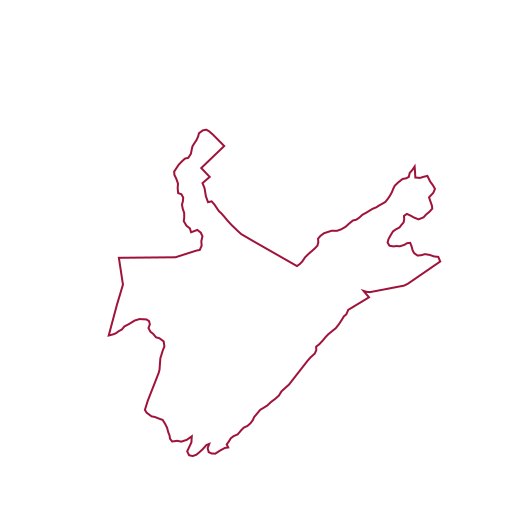 outline of Patos, Paraíba, Brazil, rotated 141°
{"feature_id": "56859067B38677350755307", "entity_name": "Patos", "entity_type": "district", "adm_level": 2, "iso_a3": "BRA", "parent_name": "Brazil", "parent_adm1": "Paraíba", "projection": "orthographic", "projection_center": [-37.346, -7.03], "detail": "fine", "context": "isolated", "style": "outline", "palette": "rose", "viewbox_px": 512, "rotation_deg": 141, "n_neighbors": 0, "source": "geoboundaries", "source_scale": "gbopen_adm2", "svg_char_len": 3204}
<svg xmlns="http://www.w3.org/2000/svg" viewBox="0 0 512 512"><g transform="rotate(141 256 256)"><path d="M420.5,286.9L416.1,284.9L413.3,284.1L410.2,284.0L406.4,283.3L402.6,284.1L397.8,283.1L390.9,282.2L386.2,280.3L381.1,275.7L380.1,272.7L381.5,269.7L384.9,267.7L385.7,263.6L384.9,260.0L384.9,255.8L382.8,252.8L381.5,247.7L384.1,243.4L388.3,241.0L391.1,239.1L394.7,236.7L402.5,228.4L405.2,226.4L415.4,220.6L431.1,211.7L439.2,206.3L439.6,203.1L438.1,197.1L436.0,194.7L434.1,191.3L431.7,187.3L432.2,183.1L433.2,178.5L435.2,174.0L436.1,171.0L437.8,168.2L437.9,164.6L433.6,162.0L430.8,158.7L425.5,156.7L419.4,156.3L423.5,151.8L432.4,147.5L433.4,143.3L431.1,140.4L427.5,139.1L424.0,139.1L419.1,139.4L413.5,140.3L410.6,139.4L414.5,137.1L416.2,133.3L414.8,130.5L412.0,128.0L406.1,127.4L401.0,126.4L398.1,124.7L397.3,128.0L394.3,128.8L390.2,130.2L386.8,130.1L382.5,128.9L376.6,130.0L373.3,130.3L369.6,129.3L365.6,129.5L361.6,130.5L358.8,132.0L354.6,132.8L349.5,133.8L346.0,133.3L341.4,132.7L336.2,133.1L331.2,132.9L326.1,133.1L321.3,134.8L316.2,135.1L311.3,135.3L306.2,136.5L282.0,142.1L277.4,142.9L271.7,143.2L268.4,144.9L266.3,147.7L262.4,147.6L257.2,148.3L253.0,149.2L248.9,149.7L243.3,149.7L239.5,149.7L234.9,150.7L229.8,152.3L225.7,153.8L222.6,153.8L218.2,156.1L194.2,152.8L194.4,161.2L192.4,158.3L190.0,156.1L165.3,142.9L159.8,139.9L155.6,138.9L116.3,135.8L114.9,140.6L117.9,143.6L120.3,147.5L123.5,151.1L127.2,152.7L130.2,154.7L131.3,158.8L130.7,161.9L129.1,165.4L127.9,169.2L130.6,170.9L133.6,171.3L138.1,173.0L140.5,175.3L143.2,177.0L145.8,180.0L145.3,183.6L142.5,185.7L138.3,187.4L134.1,188.9L130.8,188.7L126.5,187.9L123.5,188.6L120.2,189.2L117.7,191.3L115.8,194.0L112.3,193.8L110.4,190.0L109.0,186.4L106.6,182.2L101.5,180.6L97.6,181.2L93.5,181.2L89.2,181.9L87.6,184.4L86.2,188.4L84.6,192.7L78.5,193.5L74.7,195.5L74.0,199.5L73.8,204.2L72.4,210.4L76.4,212.3L79.3,213.4L82.8,216.7L79.7,221.0L76.4,225.7L80.3,224.5L84.3,223.8L87.5,221.3L90.5,221.9L93.5,223.6L99.2,223.7L104.0,223.3L106.8,222.0L110.2,220.1L114.1,218.5L117.5,217.5L121.5,216.6L125.3,217.2L128.5,217.8L131.8,218.1L135.7,219.3L139.5,219.8L143.2,220.3L147.4,221.1L151.5,220.8L155.2,221.1L158.3,222.6L163.6,222.6L167.8,222.3L172.9,223.1L177.2,224.6L181.3,228.0L184.9,229.4L188.8,230.9L193.2,231.1L196.9,230.4L198.9,227.5L201.7,225.4L205.3,224.9L209.3,224.7L213.6,224.6L218.7,224.1L223.5,222.6L227.1,222.2L230.5,222.4L248.7,269.1L253.7,282.3L254.4,286.8L255.5,295.7L255.9,301.9L255.9,306.2L256.1,310.9L256.6,314.4L255.9,322.4L256.1,326.4L259.4,328.0L257.4,333.9L253.3,341.1L251.7,346.3L242.2,346.6L243.2,358.8L211.5,361.5L213.1,377.5L214.0,382.5L215.1,385.4L218.2,387.1L223.1,387.3L225.6,385.4L229.4,383.5L233.3,382.3L236.4,381.2L238.8,379.3L242.3,376.4L246.9,374.9L249.9,376.4L253.7,376.2L258.6,375.6L262.4,374.4L266.5,373.1L268.4,370.3L269.3,366.3L271.1,361.3L274.2,358.0L276.9,353.9L275.1,350.9L275.8,347.2L278.1,344.8L281.3,342.4L283.3,338.6L284.7,334.7L287.7,330.9L290.2,328.6L291.0,323.3L290.0,319.1L291.5,315.3L288.3,314.2L285.2,313.2L284.2,308.9L285.2,305.0L289.1,302.0L291.8,298.2L295.9,296.1L299.1,297.8L319.4,305.7L363.7,340.9L377.4,317.5L386.0,311.6L394.8,305.6L420.5,286.9Z" fill="none" stroke="#9f1239" stroke-width="2"/></g></svg>